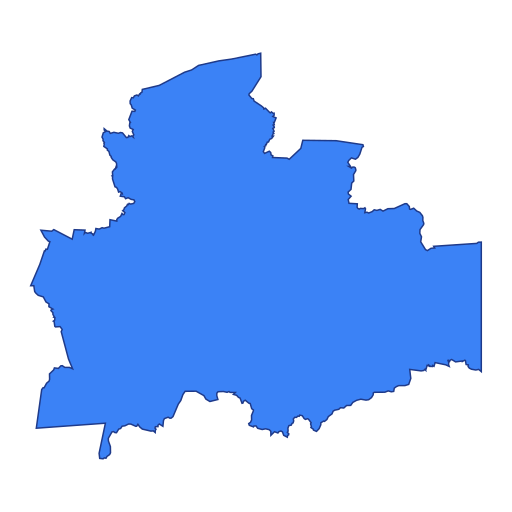 Sain Alto, Zacatecas, Mexico (Natural Earth projection)
{"feature_id": "50627088B33954526320841", "entity_name": "Sain Alto", "entity_type": "district", "adm_level": 2, "iso_a3": "MEX", "parent_name": "Mexico", "parent_adm1": "Zacatecas", "projection": "natural_earth1", "projection_center": [-103.264, 23.581], "detail": "fine", "context": "isolated", "style": "filled", "palette": "blue", "viewbox_px": 512, "rotation_deg": 0, "n_neighbors": 0, "source": "geoboundaries", "source_scale": "gbopen_adm2", "svg_char_len": 6036}
<svg xmlns="http://www.w3.org/2000/svg" viewBox="0 0 512 512"><path d="M36.3,428.2L105.4,423.2L99.1,453.3L99.7,458.4L103.1,458.8L104.3,457.9L106.0,458.2L107.0,456.4L109.6,454.6L110.5,452.8L110.4,446.6L108.4,440.9L108.3,438.3L112.0,431.9L113.6,431.6L114.9,432.6L116.5,432.7L118.7,429.1L120.6,428.5L122.1,426.2L124.9,425.8L128.6,424.0L130.9,424.1L135.8,426.3L136.7,426.2L137.9,424.3L139.8,427.0L142.3,429.1L150.9,431.1L153.3,430.9L155.2,432.5L155.3,430.4L156.0,429.2L155.0,428.1L155.4,426.7L158.0,426.6L157.9,425.3L159.3,424.0L162.9,426.3L163.5,420.5L164.4,418.6L168.1,417.2L169.9,418.2L171.2,418.1L173.0,416.6L178.3,404.1L180.8,400.5L182.9,394.6L185.1,391.3L196.1,391.2L203.9,395.6L205.9,399.1L209.9,401.5L217.9,399.5L216.8,395.7L216.8,393.2L218.1,391.7L223.4,391.5L227.1,392.3L229.0,391.5L230.1,392.4L235.3,392.5L233.4,394.4L236.6,395.3L238.4,397.3L240.1,398.1L242.0,403.3L242.9,403.1L243.5,401.3L245.2,400.2L248.9,403.2L250.2,403.5L251.7,408.7L253.4,409.9L253.4,410.8L251.5,415.5L251.6,419.9L250.5,422.3L248.7,423.6L249.3,425.3L253.5,426.9L253.9,426.0L256.0,425.9L257.7,428.3L262.2,429.5L265.6,428.8L269.3,429.7L270.8,431.3L270.9,435.3L274.5,431.7L277.9,433.0L278.8,431.7L280.9,431.0L282.4,431.8L283.7,435.3L287.3,437.2L287.6,435.4L288.6,434.9L288.8,433.8L287.3,432.3L288.1,431.1L287.9,428.1L288.9,425.6L291.3,425.1L292.0,423.4L293.1,422.9L293.7,420.9L293.3,419.0L294.7,417.3L296.4,417.4L297.9,416.1L299.2,416.3L299.7,415.1L302.3,415.7L304.1,418.5L305.4,419.4L307.5,418.7L308.5,419.2L311.1,422.7L310.6,423.9L311.4,426.5L310.9,427.5L313.1,429.0L313.5,430.1L316.5,431.4L319.1,428.7L320.8,424.8L320.8,422.8L323.6,421.1L324.5,421.4L326.9,419.5L328.3,416.6L332.0,413.9L333.1,411.2L334.7,410.2L338.8,409.3L340.5,407.7L343.8,408.0L346.6,405.5L350.7,405.4L352.8,402.4L356.6,400.3L360.8,399.2L366.0,400.1L368.7,399.7L371.5,397.6L373.2,394.8L373.3,392.9L374.3,392.3L384.9,392.2L388.2,390.9L391.3,391.8L393.7,391.4L394.3,388.1L396.4,386.6L398.7,385.6L404.9,385.6L408.7,384.4L410.8,378.4L409.7,369.4L421.1,370.9L423.7,370.5L424.8,369.5L425.7,370.3L425.5,369.0L426.1,369.0L427.1,365.4L428.4,365.8L428.5,364.9L429.7,365.7L429.7,366.4L432.5,366.5L432.6,365.5L434.0,366.3L435.1,362.6L445.7,364.8L449.2,366.4L448.6,364.7L448.7,362.4L447.7,359.8L449.6,361.4L450.1,360.2L451.7,359.5L455.6,361.9L462.2,361.0L462.3,361.5L464.7,360.2L465.4,360.5L466.1,364.5L468.3,364.9L468.1,366.5L469.3,368.1L471.4,369.2L475.8,370.0L478.7,369.4L481.3,371.6L481.3,242.1L478.4,242.2L476.8,243.4L433.7,246.3L434.7,248.0L431.0,248.3L427.4,250.6L425.5,249.6L420.7,241.8L421.5,236.8L419.8,233.3L420.0,229.6L423.6,224.6L423.8,223.3L422.8,220.5L422.9,217.4L422.4,215.7L419.8,212.4L416.7,211.0L413.7,208.2L410.6,209.4L409.6,209.1L409.3,206.5L406.8,203.7L404.9,203.7L394.3,208.5L387.9,208.7L383.0,211.1L380.2,209.4L376.9,210.4L374.2,209.8L372.2,211.6L368.7,213.0L366.9,212.2L364.8,212.7L365.5,208.8L364.9,207.8L363.6,208.6L360.3,208.4L359.3,209.1L357.8,208.4L357.1,207.2L357.3,203.8L349.0,203.3L348.2,199.5L351.1,196.2L348.4,194.0L348.1,192.1L351.0,189.4L351.7,183.1L353.8,181.0L353.5,174.5L355.8,170.7L355.8,169.6L355.3,167.8L354.5,167.2L352.9,167.0L351.4,168.1L348.7,166.4L350.5,166.4L347.8,162.3L348.7,160.5L351.4,157.9L355.5,159.2L357.9,157.4L359.8,154.1L362.0,147.3L363.4,146.5L362.9,144.7L336.1,140.7L302.8,140.3L300.8,148.4L289.2,159.3L287.0,158.1L272.5,157.5L272.9,155.9L271.1,154.9L270.7,152.5L269.3,151.2L264.6,153.4L263.3,151.7L264.8,147.7L264.3,146.5L265.8,145.7L265.7,144.5L266.4,144.3L267.3,142.1L268.5,142.0L269.7,139.3L271.6,138.5L273.4,136.1L272.1,136.0L273.2,133.6L273.8,133.5L273.1,132.1L274.1,131.2L272.8,128.4L274.3,127.6L274.3,127.0L273.1,125.1L274.3,124.7L273.6,122.4L274.3,122.4L276.1,117.9L272.8,116.5L274.2,115.1L274.1,113.2L273.3,113.4L271.4,111.9L270.5,112.8L269.8,112.6L265.5,108.2L263.9,109.0L263.6,107.8L261.2,105.8L254.1,101.1L253.3,98.7L251.8,98.5L248.9,95.0L249.2,93.7L251.9,91.2L261.0,76.7L260.7,53.2L258.1,53.8L256.9,54.9L255.6,54.2L231.4,59.1L218.7,60.9L198.6,65.4L191.5,70.0L184.6,72.2L159.2,85.4L142.3,89.4L142.0,92.1L140.6,93.0L140.3,94.0L139.6,93.9L138.4,95.9L136.9,95.0L134.4,95.9L133.3,97.8L131.7,97.6L130.1,101.0L130.2,103.7L131.2,104.8L132.2,108.1L135.4,110.1L134.8,111.4L132.0,111.2L128.8,119.6L130.4,122.5L129.8,122.8L129.4,125.9L130.2,128.1L133.2,129.5L132.3,131.4L133.8,134.9L132.8,136.0L133.2,137.1L131.7,135.9L129.9,136.6L128.8,135.6L127.9,137.4L126.4,137.6L122.5,132.9L120.5,132.5L118.4,133.3L113.9,132.3L110.3,133.4L109.2,131.5L107.0,131.1L104.2,128.7L104.2,130.0L105.7,131.5L103.3,132.8L102.0,137.1L103.1,139.2L103.0,140.7L104.4,142.5L103.9,143.2L104.3,144.1L103.8,146.4L107.4,148.9L107.3,150.1L108.9,151.4L109.9,155.2L111.2,156.4L111.2,157.4L112.8,159.8L115.8,161.9L116.5,163.3L116.8,167.2L116.5,167.6L116.0,166.8L115.2,169.1L114.6,169.0L112.4,171.9L112.7,175.6L112.0,175.9L112.6,176.6L112.5,178.9L115.0,186.8L116.5,187.4L117.6,189.0L118.6,192.1L120.1,191.6L122.2,193.1L122.3,193.7L121.3,193.0L120.3,196.2L124.4,196.8L125.6,198.7L128.1,197.7L131.2,199.4L133.9,199.8L134.8,201.6L133.7,203.4L130.6,204.1L129.1,203.4L128.3,204.6L127.5,204.3L126.7,206.0L124.4,207.9L123.9,209.7L122.7,210.7L124.9,212.5L124.1,214.5L123.0,214.7L122.0,213.5L120.6,216.4L117.6,218.3L116.8,219.6L116.8,221.1L110.0,219.7L109.7,226.7L104.0,228.2L102.1,227.7L99.2,229.1L95.9,228.5L95.4,231.2L93.5,235.2L92.8,234.7L92.9,234.0L91.1,233.2L91.1,232.3L87.7,233.3L85.3,232.4L84.4,233.4L85.0,230.1L74.2,229.7L72.2,239.2L53.8,229.6L51.7,231.2L40.9,230.2L44.5,237.0L48.3,241.1L49.9,241.7L47.4,249.3L45.9,249.1L45.2,250.9L44.4,250.9L39.8,264.4L30.7,285.7L33.8,285.7L34.7,291.6L36.0,293.3L38.2,295.3L43.3,296.9L46.0,302.0L49.0,303.8L48.9,306.7L52.9,309.1L51.3,309.7L50.9,310.6L52.9,312.7L52.9,314.3L54.2,316.8L53.8,317.2L54.9,317.5L54.7,320.1L53.4,321.1L54.1,321.4L54.8,326.3L55.5,326.9L60.1,326.6L62.2,329.5L61.2,331.6L68.5,359.0L72.6,368.8L69.4,367.4L64.8,367.4L62.3,365.7L60.9,365.8L58.4,368.4L54.4,367.9L53.7,369.9L49.5,373.9L49.6,379.3L49.1,381.1L46.6,383.2L44.1,387.8L43.1,387.7L41.7,389.5L36.3,428.2Z" fill="#3b82f6" stroke="#1e3a8a" stroke-width="1.5"/></svg>